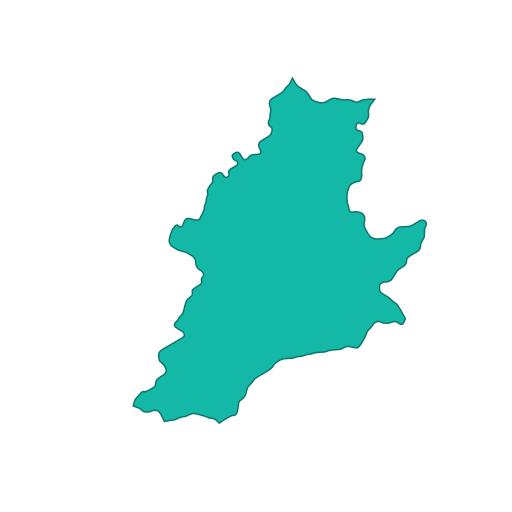 the district of Monte Plata, Monte Plata, Dominican Republic, rotated 59°
{"feature_id": "3306468B2740041336238", "entity_name": "Monte Plata", "entity_type": "district", "adm_level": 2, "iso_a3": "DOM", "parent_name": "Dominican Republic", "parent_adm1": "Monte Plata", "projection": "orthographic", "projection_center": [-69.842, 18.762], "detail": "fine", "context": "isolated", "style": "filled", "palette": "teal", "viewbox_px": 512, "rotation_deg": 59, "n_neighbors": 0, "source": "geoboundaries", "source_scale": "gbopen_adm2", "svg_char_len": 6133}
<svg xmlns="http://www.w3.org/2000/svg" viewBox="0 0 512 512"><g transform="rotate(59 256 256)"><path d="M386.7,160.3L381.8,160.0L375.3,159.9L371.7,160.0L369.6,160.3L365.6,162.0L360.6,163.3L353.0,167.2L351.2,167.8L349.9,167.8L348.7,167.5L344.8,165.2L344.4,164.7L343.9,163.6L343.8,161.8L344.2,159.9L345.5,157.3L346.0,156.2L346.2,154.2L346.1,152.3L345.6,151.0L341.7,143.3L341.3,142.1L341.0,140.1L340.8,134.7L340.6,133.4L340.2,132.2L339.5,131.1L338.8,130.3L336.2,128.2L335.7,127.2L335.4,125.9L335.2,123.9L335.3,115.3L335.1,113.9L334.7,112.6L334.0,111.5L333.2,110.6L331.0,109.0L330.2,108.2L326.2,101.8L319.9,97.7L319.1,96.9L317.9,95.0L316.7,93.8L315.7,93.2L314.5,92.9L313.2,93.1L312.1,93.7L311.2,94.6L310.6,95.6L310.3,96.9L310.1,98.2L310.2,105.1L309.8,108.5L309.4,109.7L305.4,117.3L305.0,118.5L304.8,120.5L305.1,122.4L305.5,123.6L306.8,126.3L307.3,128.2L307.5,131.0L307.5,134.4L307.2,136.4L306.7,137.6L304.3,142.6L303.6,143.8L302.2,145.4L300.1,147.2L298.9,147.8L297.6,148.2L294.2,148.5L288.7,148.3L286.7,148.0L284.8,147.3L280.6,143.9L279.4,143.2L277.5,142.7L275.5,142.7L273.6,143.4L271.5,145.1L269.4,147.8L267.8,151.1L267.1,151.9L266.1,152.4L265.6,152.5L264.5,152.4L262.0,151.5L257.6,150.4L252.0,147.6L250.9,146.9L247.8,144.2L245.0,141.1L244.0,139.4L243.6,138.1L243.5,136.7L243.5,134.7L243.7,132.8L245.0,129.1L245.0,127.9L244.4,126.8L243.2,125.3L241.7,124.0L240.5,123.3L237.6,121.9L234.9,119.8L231.7,116.3L229.6,113.3L228.9,112.4L227.2,111.8L226.0,111.7L224.7,112.0L223.0,112.9L219.7,115.6L218.5,115.9L218.0,115.8L217.0,115.3L216.2,114.5L212.4,106.2L211.3,104.7L209.9,103.5L206.1,101.8L205.1,101.5L204.5,101.5L203.4,101.9L200.6,104.1L199.6,104.6L199.0,104.7L198.3,104.6L197.2,104.2L195.8,103.0L194.7,101.5L194.6,100.9L194.7,99.7L195.5,98.5L197.5,97.2L198.1,96.3L198.3,95.3L197.9,93.6L196.1,89.9L195.0,88.3L193.7,87.1L190.8,85.7L189.2,84.6L187.6,83.2L186.3,81.6L185.3,79.8L182.8,73.5L180.2,77.5L177.6,83.1L177.0,84.9L176.5,89.3L176.1,90.4L175.4,91.3L172.5,93.4L170.1,95.8L168.9,97.5L167.8,99.8L167.1,100.9L162.0,106.4L160.9,108.0L160.4,109.3L160.1,110.6L159.9,116.7L159.4,119.3L158.0,121.6L155.7,124.1L153.2,126.3L151.4,127.3L149.4,127.7L143.4,127.9L141.4,128.2L140.2,128.6L132.5,132.5L131.3,132.9L128.0,133.3L122.3,133.1L125.1,137.4L126.0,139.1L127.3,144.1L128.5,146.9L129.0,148.1L129.3,151.8L129.3,160.8L129.5,162.3L129.9,163.6L130.6,164.7L131.9,165.9L133.1,166.4L136.7,167.4L138.0,167.9L139.7,169.1L141.9,171.0L145.2,173.3L146.8,175.6L147.6,176.4L148.6,177.0L149.7,177.4L150.9,177.5L154.3,176.5L155.9,177.0L157.3,178.1L158.9,180.0L159.7,181.8L160.0,184.1L160.0,192.4L160.3,193.9L160.8,195.1L162.1,196.5L163.2,197.1L164.5,197.4L168.9,197.9L169.9,198.6L170.2,199.1L170.5,200.2L170.2,201.2L168.7,204.1L167.0,208.4L167.0,209.4L167.8,211.9L168.1,213.0L168.1,214.8L167.7,215.9L166.8,216.7L165.6,217.1L160.4,217.2L159.1,217.4L158.0,218.0L157.5,218.5L157.0,219.7L156.8,221.7L156.9,223.0L157.4,224.2L157.9,224.8L158.4,225.1L159.6,225.4L160.8,225.4L162.0,225.2L164.8,223.7L165.8,223.5L166.9,223.6L167.8,224.4L168.1,225.0L168.4,226.2L168.3,232.0L168.4,233.5L168.7,234.8L169.4,235.8L169.8,236.2L172.1,237.0L172.9,237.6L173.5,238.5L173.6,240.1L173.2,241.2L172.4,242.0L171.2,242.3L167.6,242.7L166.5,243.3L166.0,243.7L165.5,244.9L165.2,246.9L165.3,249.7L165.7,251.6L166.4,252.6L166.8,253.0L169.2,254.0L170.3,255.0L171.9,259.4L174.3,263.4L175.1,264.2L178.5,265.7L181.0,268.7L184.2,271.2L186.6,274.3L189.8,276.8L192.7,281.1L193.8,283.1L195.2,285.0L195.4,286.6L194.7,288.3L193.4,289.9L189.5,293.9L188.7,295.0L188.4,296.3L188.4,297.6L188.8,298.8L189.5,299.9L191.9,302.8L192.5,304.4L192.3,305.5L192.1,305.9L191.3,306.5L189.3,307.2L188.9,307.5L188.5,308.5L188.6,310.0L189.7,312.4L190.0,313.6L193.5,318.2L197.2,321.9L198.4,322.7L199.7,323.2L202.3,323.4L203.6,323.3L204.9,322.8L209.8,320.3L211.5,319.1L216.3,314.6L218.0,313.3L224.1,310.2L226.1,309.9L228.0,310.0L229.3,310.4L232.5,311.9L235.1,312.3L237.7,311.9L240.3,310.6L242.1,310.1L243.9,310.1L245.0,310.5L245.4,310.8L246.1,311.7L246.8,313.5L247.3,314.3L248.1,314.9L250.4,316.0L251.2,316.8L251.6,318.0L251.8,319.3L251.9,326.2L252.5,328.0L253.2,328.8L255.5,329.9L256.3,330.4L256.6,330.9L257.1,332.1L257.8,336.8L258.7,338.8L260.6,341.1L265.8,346.4L267.6,348.7L268.1,350.0L269.1,353.4L270.6,356.0L271.5,359.3L272.3,360.8L273.7,361.7L274.2,361.9L275.3,361.7L279.4,359.8L282.0,358.2L283.7,357.7L285.0,357.6L286.2,357.8L287.2,358.4L287.6,358.9L288.1,360.2L288.2,362.2L287.9,384.4L288.3,387.3L289.2,389.1L290.0,390.0L291.0,390.7L295.3,392.5L296.9,392.6L299.5,391.7L301.5,391.2L305.1,391.1L306.5,391.4L307.8,391.9L308.8,392.7L309.5,393.7L310.0,394.9L310.3,396.3L310.5,402.1L310.8,404.1L311.3,405.3L312.0,406.3L315.0,408.8L315.5,409.8L315.8,411.1L316.0,414.6L315.8,418.8L315.3,420.6L313.9,423.0L313.9,424.7L315.1,427.8L316.0,431.5L316.8,433.4L318.5,435.6L321.3,438.5L326.2,434.5L328.0,433.6L330.8,432.8L332.2,431.9L334.0,429.0L334.8,427.3L335.5,423.6L335.9,422.4L336.6,421.3L337.9,420.1L339.8,419.3L341.9,419.1L347.0,419.3L350.6,419.8L351.8,417.1L352.7,414.0L354.1,411.3L354.5,410.1L355.4,403.5L357.2,398.9L357.9,393.0L358.3,391.7L358.9,390.5L361.2,387.8L365.8,383.4L367.9,381.6L370.8,379.5L372.4,377.3L373.7,376.0L374.7,375.4L375.8,374.9L378.7,373.9L380.4,373.6L380.0,368.5L380.0,362.5L380.4,359.0L381.5,355.9L381.4,354.7L380.5,353.1L378.6,351.0L375.9,348.7L373.4,346.8L372.5,346.1L371.8,344.5L371.3,340.1L370.6,338.2L369.4,336.4L365.0,331.6L364.2,330.5L363.6,329.2L362.5,324.8L361.2,322.1L360.7,320.2L360.4,316.7L360.5,305.9L360.3,302.3L359.8,299.6L358.5,296.9L357.9,295.1L357.6,292.4L357.6,289.6L357.7,287.6L358.2,285.6L362.6,276.8L363.8,271.8L365.6,267.9L366.6,263.4L368.3,259.5L369.4,255.0L373.5,246.8L373.9,245.6L374.9,241.1L379.2,232.3L379.7,230.3L380.0,226.4L380.5,224.4L381.2,223.2L382.1,222.1L386.0,218.0L386.9,216.4L387.0,215.8L386.9,214.7L385.1,210.4L383.2,207.2L381.7,204.3L378.8,200.5L377.7,198.8L376.3,193.7L374.8,190.5L374.4,189.2L374.4,187.9L374.6,185.9L375.5,184.3L376.3,183.4L379.0,181.5L381.5,177.6L382.2,175.9L383.0,172.0L383.6,170.9L384.3,170.0L385.2,169.2L388.4,167.7L389.2,167.0L389.7,166.1L389.7,165.0L389.4,164.0L386.7,160.3Z" fill="#14b8a6" stroke="#0f766e" stroke-width="1.5"/></g></svg>